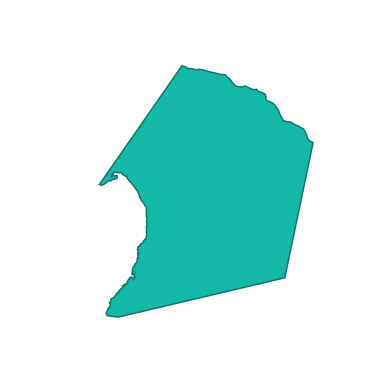 the district of Ngebei, Palau, rotated 154°
{"feature_id": "81905179B35974165109386", "entity_name": "Ngebei", "entity_type": "district", "adm_level": 2, "iso_a3": "PLW", "parent_name": "Palau", "parent_adm1": "", "projection": "albers", "projection_center": [134.637, 7.688], "detail": "fine", "context": "isolated", "style": "filled", "palette": "teal", "viewbox_px": 384, "rotation_deg": 154, "n_neighbors": 0, "source": "geoboundaries", "source_scale": "gbopen_adm2", "svg_char_len": 3139}
<svg xmlns="http://www.w3.org/2000/svg" viewBox="0 0 384 384"><g transform="rotate(154 192 192)"><path d="M271.8,239.4L271.1,239.2L271.1,238.3L270.4,237.7L267.7,237.5L266.0,238.0L264.6,237.7L263.7,238.3L260.7,238.5L260.6,238.0L260.0,237.5L259.2,237.7L257.9,238.3L257.2,237.8L255.8,237.5L254.6,237.3L253.7,237.2L252.8,238.0L252.3,238.5L252.2,239.3L252.6,240.0L253.3,240.2L253.8,240.0L254.7,240.4L255.2,241.0L256.1,240.7L257.9,241.0L258.0,241.4L256.5,242.1L256.2,242.9L255.5,242.3L254.8,242.8L254.0,243.8L252.8,243.7L252.3,243.1L250.9,242.6L250.3,242.5L250.0,241.6L248.6,241.0L247.3,240.9L246.7,239.1L246.8,238.3L246.0,237.2L245.0,235.6L243.6,234.9L243.6,234.2L244.2,233.3L243.8,230.7L242.5,226.2L241.6,222.2L240.9,217.9L240.5,216.0L240.7,215.2L240.6,214.5L240.7,213.7L241.1,211.3L241.5,209.9L241.0,209.3L241.1,205.3L240.6,204.5L240.2,203.9L240.4,203.4L240.3,200.9L240.0,199.1L239.7,197.9L240.5,196.9L240.9,195.2L241.7,194.4L242.7,192.1L243.7,190.3L243.9,188.9L244.5,186.9L245.0,186.5L246.1,184.8L246.4,183.0L247.0,182.5L247.7,181.1L248.3,180.7L248.8,179.7L249.0,178.5L249.4,178.1L249.9,177.0L250.9,175.6L251.1,174.2L252.0,172.4L253.6,170.9L254.0,170.1L255.2,170.0L256.4,169.5L257.8,168.7L259.2,167.7L259.9,167.7L260.7,167.9L261.3,167.8L261.7,167.2L261.9,166.1L262.8,166.6L263.4,166.4L263.9,166.2L264.7,166.3L265.1,165.8L265.4,165.4L265.6,164.9L265.8,164.1L266.3,164.1L266.5,163.3L266.3,162.6L266.3,161.5L267.0,161.1L267.6,161.1L267.8,160.4L266.9,160.1L267.4,159.4L268.3,159.2L268.6,158.8L268.6,158.1L268.8,157.4L269.2,156.7L269.9,156.8L270.1,156.2L271.1,155.3L271.4,154.0L272.4,153.3L273.3,152.5L274.7,152.4L276.6,150.8L276.6,150.1L277.6,150.2L278.6,149.6L279.3,149.1L279.2,148.2L279.3,147.6L280.1,147.4L280.3,146.9L280.6,146.6L281.0,146.1L280.9,145.6L280.7,145.2L281.0,144.9L281.8,144.9L282.1,144.2L281.7,143.7L280.5,143.6L279.2,143.5L279.9,143.0L280.4,142.3L280.9,141.5L280.5,141.1L280.5,140.2L281.4,139.9L282.5,139.4L283.5,139.4L282.7,140.6L283.0,141.5L283.7,142.0L284.4,142.3L285.3,142.2L285.9,141.4L286.0,141.9L287.6,141.0L288.6,140.4L289.5,139.7L290.0,139.2L289.8,138.6L290.5,138.4L291.3,138.4L291.9,137.9L292.6,137.9L292.8,138.4L293.3,138.5L294.0,138.3L294.2,137.7L295.4,138.0L295.1,137.2L295.5,136.9L298.0,136.1L298.9,135.9L300.0,135.3L300.9,135.3L301.3,134.7L301.7,134.3L302.2,133.7L302.8,134.3L303.6,134.2L304.1,133.4L304.7,133.3L306.9,132.2L308.7,131.5L311.8,131.3L312.8,129.5L314.7,128.7L314.8,126.9L315.7,125.4L318.6,124.0L321.1,121.9L322.5,120.3L322.2,118.4L322.4,117.9L313.7,112.3L313.0,111.9L146.2,74.2L61.5,183.3L62.1,184.0L63.9,186.4L64.7,188.8L64.2,192.4L63.9,195.1L64.0,199.6L65.6,201.6L68.1,205.4L70.5,208.1L72.6,211.6L75.8,213.6L78.3,215.8L78.7,216.3L78.9,223.5L78.5,228.0L79.2,232.3L80.2,236.2L81.6,237.9L83.5,240.2L84.7,241.0L85.0,243.1L83.8,245.0L83.3,247.7L86.2,251.5L88.4,253.2L88.8,255.9L92.3,257.3L94.2,259.7L96.1,261.9L98.1,264.3L100.5,264.3L103.1,265.7L106.3,268.1L107.7,272.7L108.5,277.0L110.1,280.3L110.6,282.7L115.5,285.7L118.8,288.6L123.2,292.1L128.1,296.4L131.5,299.1L135.0,300.1L137.5,302.5L141.1,304.6L143.3,307.7L145.8,309.8L271.8,239.4Z" fill="#14b8a6" stroke="#0f766e" stroke-width="1.5"/></g></svg>